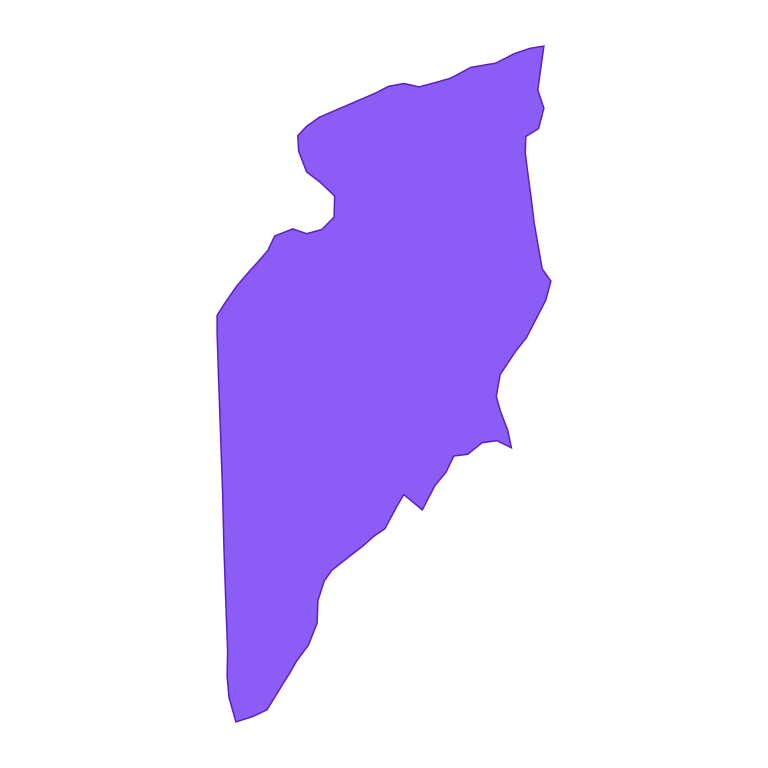 Chã Grande, Pernambuco, Brazil (Natural Earth projection)
{"feature_id": "56859067B3867057012791", "entity_name": "Chã Grande", "entity_type": "district", "adm_level": 2, "iso_a3": "BRA", "parent_name": "Brazil", "parent_adm1": "Pernambuco", "projection": "natural_earth1", "projection_center": [-35.47, -8.238], "detail": "fine", "context": "isolated", "style": "filled", "palette": "violet", "viewbox_px": 768, "rotation_deg": 0, "n_neighbors": 0, "source": "geoboundaries", "source_scale": "gbopen_adm2", "svg_char_len": 1104}
<svg xmlns="http://www.w3.org/2000/svg" viewBox="0 0 768 768"><path d="M422.3,509.9L435.0,485.5L446.2,471.9L453.8,456.0L467.7,454.3L482.1,442.7L497.0,440.7L511.4,447.8L507.7,430.2L500.2,410.6L496.3,396.2L500.2,374.4L515.8,351.1L526.3,337.8L535.3,320.5L545.8,300.1L550.9,281.1L542.2,268.9L534.1,222.4L532.2,206.2L530.2,190.9L527.5,170.8L525.3,153.2L525.8,136.5L538.5,128.6L543.9,108.2L537.8,90.0L540.2,72.4L543.9,46.1L530.2,48.3L514.6,53.5L495.8,63.1L471.1,67.3L450.1,78.4L419.4,86.9L403.8,83.5L388.6,86.3L375.9,92.9L319.8,117.0L306.6,126.3L297.8,135.7L298.6,151.0L306.6,171.9L320.3,182.4L334.7,196.0L334.0,217.3L321.8,229.5L306.6,233.7L292.7,228.9L274.7,236.0L267.8,250.5L258.3,261.5L249.0,271.7L236.6,286.2L224.4,303.8L217.1,315.4L217.1,332.7L218.3,370.7L222.7,495.1L223.9,546.7L225.6,596.9L227.6,650.8L227.1,676.3L229.0,697.5L235.9,721.9L253.4,716.3L267.1,709.7L282.7,684.2L289.5,673.4L296.6,661.0L308.6,644.8L317.1,623.0L317.9,600.6L324.2,581.0L331.8,570.3L349.8,556.1L363.0,545.9L373.5,536.5L385.0,528.6L396.9,506.2L403.8,494.6L422.3,509.9Z" fill="#8b5cf6" stroke="#5b21b6" stroke-width="1.5"/></svg>